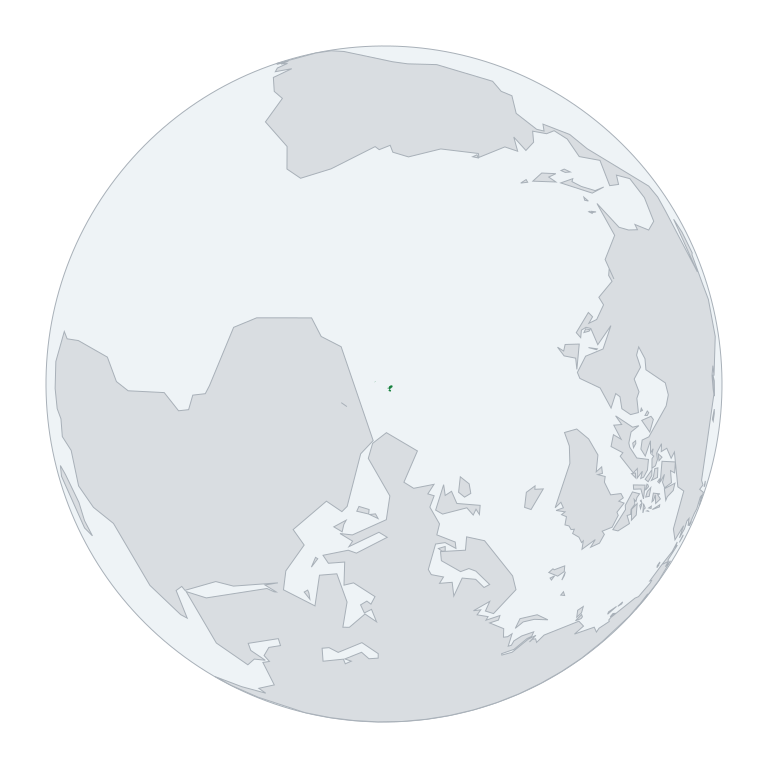 globe centered on Madeira, rotated 129°
{"feature_id": "PRT-736", "entity_name": "Madeira", "entity_type": "Autonomous region", "adm_level": 1, "iso_a3": "PRT", "parent_name": "Portugal", "parent_adm1": "", "projection": "orthographic", "projection_center": [-16.613, 31.57], "detail": "fine", "context": "on_globe", "style": "filled", "palette": "green", "viewbox_px": 768, "rotation_deg": 129, "n_neighbors": 0, "source": "natural_earth", "source_scale": "10m", "svg_char_len": 10234}
<svg xmlns="http://www.w3.org/2000/svg" viewBox="0 0 768 768"><g transform="rotate(129 384 384)"><circle cx="384" cy="384" r="338" fill="#eef3f6" stroke="#a8b0b8"/><path d="M169.7,645.3L158.2,634.7L150.8,624.4L128.2,580.2L120.3,567.1L102.6,544.0L80.4,490.1L82.8,477.1L79.5,466.0L90.5,451.6L90.0,425.7L86.7,418.8L82.0,424.0L73.2,396.7L73.3,374.2L63.6,302.8L66.4,289.0L72.4,274.2L99.7,210.9L73.7,262.6L78.5,247.9L88.1,227.1L89.8,225.9L105.7,199.5L114.1,185.2L138.6,156.5L169.8,132.8L162.8,140.0L171.1,134.3L180.4,125.4L184.5,121.1L225.7,96.4L259.0,76.6L261.7,72.6L267.2,72.4L267.2,67.6L280.3,62.4L270.2,67.1L272.9,67.0L284.1,62.4L289.3,61.4L297.7,59.0L302.8,58.5L296.5,62.4L299.7,62.4L307.5,59.3L317.6,57.6L305.6,62.0L322.0,59.8L314.5,67.9L278.5,83.7L279.0,90.9L254.1,115.5L261.0,114.1L256.0,123.8L262.1,126.0L255.7,130.8L266.1,128.6L270.7,123.9L276.8,121.6L280.8,122.8L273.4,128.7L270.3,129.0L270.3,131.5L264.9,134.1L269.8,133.5L260.4,141.2L275.6,135.6L272.9,143.4L265.1,148.1L258.4,144.9L223.5,150.9L213.5,156.2L206.1,166.1L208.1,189.4L200.1,197.1L194.9,209.4L202.6,205.9L209.5,195.2L222.7,192.7L229.6,180.9L236.0,178.5L246.1,168.3L252.6,173.1L253.5,183.6L245.4,192.6L245.6,197.9L259.8,192.4L251.1,213.5L256.4,235.3L253.3,241.0L235.5,244.8L218.9,235.8L195.8,244.4L218.9,242.6L210.7,258.2L212.8,262.7L217.9,264.5L224.2,260.3L223.1,266.9L199.8,270.2L200.5,264.2L207.9,263.0L200.0,259.3L184.3,263.2L181.4,271.6L160.7,271.4L158.3,277.7L152.5,281.7L157.7,271.4L148.1,290.5L123.3,298.3L109.7,332.1L114.3,300.0L110.5,291.0L104.6,284.1L102.1,289.4L97.8,275.2L87.8,276.8L75.3,298.9L69.7,322.2L75.4,334.8L81.3,327.3L87.8,333.4L74.3,356.9L84.4,375.4L78.3,395.8L80.1,411.2L87.2,415.2L94.0,427.6L101.9,419.9L113.2,420.7L110.4,438.6L119.0,426.6L123.7,439.3L148.1,452.8L145.5,455.8L165.6,487.8L192.1,507.9L198.3,523.0L194.6,529.4L204.9,535.2L205.1,540.3L250.2,560.6L276.6,578.3L278.0,594.7L260.4,608.8L254.9,641.1L226.0,642.7L225.7,653.4L215.4,662.9L197.0,654.1L209.7,665.0L205.5,665.7L195.5,660.7L200.2,665.5L193.2,661.5L202.4,667.9L200.9,668.0L203.0,669.4L169.7,645.3ZM104.6,342.3L116.5,373.2L105.6,366.5L108.4,365.3L106.3,355.0L100.9,341.7L92.6,337.2L104.6,342.3ZM119.2,331.4L116.8,327.5L119.7,330.0L119.2,331.4ZM185.5,119.5L180.1,125.4L169.8,134.3L173.7,129.3L185.5,119.5ZM205.8,104.7L204.7,106.7L195.6,111.5L199.0,108.8L205.8,104.7ZM262.5,70.5L257.1,73.3L260.6,71.0L262.5,70.5ZM297.9,58.7L297.8,58.4L302.2,57.4L297.9,58.7ZM241.8,166.5L243.8,167.4L240.9,168.8L241.8,166.5ZM244.2,161.4L239.3,162.4L239.7,160.2L242.8,159.6L244.2,161.4ZM314.1,56.0L321.2,54.8L312.9,56.6L314.1,56.0ZM250.1,160.8L241.1,156.2L242.0,152.4L254.1,147.2L250.1,160.8ZM324.6,54.6L341.9,52.6L343.1,51.4L349.3,54.4L332.6,54.6L322.2,56.7L326.7,55.0L324.6,54.6ZM270.5,122.0L265.7,127.0L265.9,121.9L270.5,122.0ZM269.1,119.3L261.2,108.5L270.2,102.2L271.0,106.8L279.8,98.5L288.1,100.6L285.1,105.7L277.7,109.2L286.5,107.5L269.1,119.3ZM350.0,56.9L353.2,57.3L348.6,57.6L350.0,56.9ZM279.3,120.3L276.8,118.4L284.5,112.7L290.7,115.5L286.2,116.4L279.3,120.3ZM278.0,95.5L284.8,92.2L293.4,92.9L297.1,91.8L289.0,100.2L278.0,95.5ZM286.6,118.3L293.7,117.2L293.7,121.1L282.1,121.8L286.6,118.3ZM283.9,110.2L287.8,107.7L287.6,109.9L283.9,110.2ZM297.9,135.3L294.9,132.6L298.6,129.3L297.9,135.3ZM296.3,116.6L296.3,115.3L297.4,113.8L302.0,114.0L296.3,116.6ZM295.7,100.4L297.8,101.6L299.4,96.9L305.9,97.7L299.3,103.4L304.9,101.3L306.9,101.6L299.3,106.0L295.7,100.4ZM310.0,110.0L303.9,118.3L308.7,123.8L305.5,126.7L298.3,117.5L310.0,110.0ZM304.4,107.2L307.2,109.5L301.8,111.7L296.6,111.5L304.4,107.2ZM312.7,96.5L304.4,93.7L306.2,92.6L312.7,96.5ZM312.5,111.1L313.9,109.1L313.5,111.2L312.5,111.1ZM313.8,100.3L310.7,99.4L312.7,98.1L313.8,100.3ZM319.4,106.2L317.4,108.8L313.8,108.6L319.4,106.2ZM317.7,103.2L321.3,101.7L313.7,107.0L316.0,102.9L317.7,103.2ZM316.3,99.3L316.5,98.3L317.3,99.9L316.3,99.3ZM334.2,106.0L325.5,112.7L317.6,112.0L327.1,105.5L334.2,106.0ZM401.1,46.5L381.0,47.0L393.5,46.5L395.4,46.9L402.8,47.1L411.1,47.3L409.1,47.1L446.8,52.3L472.7,57.9L495.7,65.1L518.2,73.9L540.0,84.2L561.0,96.1L581.1,109.5L600.2,124.3L618.2,140.4L635.0,157.7L650.5,176.2L664.6,195.8L677.4,216.3L688.6,237.6L689.6,239.8L706.6,284.6L714.2,312.4L714.4,313.2L717.8,331.4L708.8,304.2L698.7,281.3L699.3,289.8L686.9,279.9L676.6,302.9L671.7,298.4L670.5,306.3L661.2,307.7L652.4,299.8L648.4,305.9L671.0,326.3L674.9,319.9L673.4,302.4L679.4,311.7L687.9,313.1L690.8,351.3L669.8,407.1L662.1,387.5L616.6,346.3L614.7,338.7L614.3,338.0L613.4,336.8L615.1,350.0L605.3,341.3L635.8,373.8L643.4,390.4L669.6,408.8L668.6,413.8L675.3,415.6L689.8,389.6L691.2,396.9L687.8,439.2L662.6,506.5L662.7,532.2L655.4,557.2L632.5,585.3L627.3,600.9L614.4,613.1L608.8,622.5L594.4,636.8L573.0,653.2L544.4,665.5L548.3,658.7L542.6,648.9L537.2,615.9L550.5,593.5L550.3,578.6L529.0,549.4L534.1,526.8L526.9,519.7L513.0,525.6L504.0,516.8L495.1,518.6L434.6,536.5L412.7,524.6L378.2,481.9L386.6,462.7L382.0,440.8L434.8,356.8L452.9,358.2L502.3,335.6L509.7,336.4L511.3,355.0L554.3,363.0L559.4,344.7L591.0,342.7L607.2,332.6L599.9,298.0L573.2,313.8L561.2,301.2L576.7,275.5L598.9,262.9L594.9,257.8L574.7,254.0L573.5,240.1L567.0,251.9L574.3,255.2L570.4,263.2L563.5,260.7L563.3,255.6L554.9,257.2L557.7,282.5L565.5,288.5L547.1,302.5L558.3,314.4L555.5,323.6L535.7,307.2L532.8,299.0L501.1,285.0L502.4,294.6L532.5,308.9L525.9,309.5L527.9,324.1L521.2,313.6L488.0,296.8L467.3,309.0L451.7,349.4L437.3,355.5L420.3,351.5L415.0,315.9L447.8,306.7L446.4,295.3L430.5,282.0L441.8,280.8L439.3,274.7L450.8,270.9L457.8,252.8L468.0,248.0L462.0,229.2L466.5,224.6L468.8,236.7L475.9,243.2L500.3,232.8L502.4,227.3L496.5,216.3L504.0,215.4L495.2,206.2L504.9,196.3L485.6,201.1L478.1,189.8L479.2,178.2L473.3,175.7L471.6,194.8L474.0,201.9L481.6,206.4L485.2,228.2L478.7,234.6L461.9,216.1L450.8,223.6L442.5,207.2L452.2,163.3L460.8,152.0L493.5,154.4L496.6,162.3L486.4,165.0L503.9,171.8L498.6,166.7L504.8,166.4L499.3,156.7L503.4,156.1L491.0,148.2L495.4,146.5L503.2,151.5L498.8,137.0L505.6,131.8L502.6,128.9L497.5,127.3L509.6,122.5L506.9,120.6L501.8,121.4L493.1,118.4L482.4,111.7L487.2,110.4L491.7,112.6L508.4,116.0L519.6,122.9L520.5,121.8L511.8,115.6L491.5,111.3L483.7,107.8L493.0,108.6L489.0,108.0L486.6,105.8L488.8,102.8L478.4,101.6L445.7,83.3L446.6,76.6L458.5,78.6L440.7,67.6L443.1,62.8L438.5,63.2L426.8,59.5L425.9,60.8L422.8,60.8L392.5,54.2L389.1,52.4L370.8,51.9L368.3,52.4L369.8,53.5L349.3,54.4L343.1,51.4L348.9,50.3L341.1,50.0L355.3,48.0L363.5,46.8L383.5,46.2L387.7,46.1L401.1,46.5ZM424.9,398.6L425.4,405.5L424.9,398.6ZM628.3,265.8L637.8,256.9L623.4,242.4L625.8,238.0L620.0,235.0L622.3,241.4L606.6,232.6L607.0,222.8L600.7,216.0L597.2,218.8L598.9,238.4L621.4,250.7L623.5,260.8L628.3,265.8ZM149.0,453.0L151.6,458.1L147.4,456.0L149.0,453.0ZM102.0,372.7L105.5,376.3L106.7,380.8L103.6,379.2L102.0,372.7ZM136.8,399.3L141.8,404.2L135.7,402.2L136.8,399.3ZM118.8,377.5L132.7,396.0L120.8,394.2L112.4,382.8L119.5,386.2L118.8,377.5ZM113.2,340.3L114.9,343.7L113.0,346.3L113.2,340.3ZM121.3,333.3L120.3,332.8L120.3,329.1L121.3,333.3ZM212.1,257.9L213.9,257.9L218.2,261.0L214.3,262.0L212.1,257.9ZM248.8,261.7L246.2,272.3L245.3,265.1L239.3,268.1L230.1,257.4L251.3,243.3L243.3,251.3L248.8,261.7ZM223.6,240.4L227.0,248.0L222.4,240.3L223.6,240.4ZM414.4,247.7L421.2,250.2L421.2,257.9L408.1,266.3L408.0,255.0L414.4,247.7ZM431.0,252.2L417.8,232.9L425.4,227.7L423.4,233.7L429.7,232.2L428.1,241.7L448.2,256.6L449.5,264.5L424.7,274.3L432.1,266.3L424.9,264.0L431.0,252.2ZM370.9,200.5L365.3,194.2L389.0,190.7L391.4,197.1L378.6,205.2L368.1,202.5L370.9,200.5ZM273.4,153.5L269.7,152.8L271.7,150.9L276.5,150.0L273.4,153.5ZM296.2,134.3L291.5,155.0L287.1,155.1L289.7,168.2L279.0,173.8L277.7,164.9L271.4,179.5L265.9,173.8L263.0,184.0L261.1,163.6L256.0,159.7L265.8,161.8L275.8,156.6L278.5,153.2L282.4,141.0L276.2,131.0L285.1,125.1L293.0,123.6L295.9,125.0L289.2,128.3L297.8,128.0L290.3,133.9L296.2,134.3ZM380.8,120.7L371.9,121.9L387.9,126.1L380.5,130.4L382.9,130.7L380.4,136.1L381.5,143.3L377.1,144.7L379.4,147.0L377.9,150.9L379.6,154.7L372.3,158.7L373.8,163.8L369.4,162.8L374.0,170.7L367.3,166.7L364.6,172.1L372.5,173.1L328.7,189.6L315.5,201.0L308.1,213.2L297.7,205.9L297.9,190.4L304.5,173.1L318.7,163.8L311.4,162.7L316.0,158.0L319.9,160.8L316.7,153.9L321.6,150.9L327.5,138.1L320.0,130.9L321.9,126.4L327.3,127.8L325.5,122.5L337.0,122.3L338.7,119.3L351.7,116.6L361.1,121.8L362.2,118.1L372.1,116.4L380.8,120.7ZM338.0,105.4L350.9,109.7L353.2,114.5L329.6,117.3L326.5,120.1L311.5,123.0L308.5,116.3L313.0,116.0L316.8,114.2L316.2,117.0L319.5,113.4L325.9,113.1L330.1,110.3L333.2,112.3L338.0,105.4ZM513.6,327.7L518.5,326.8L525.2,323.5L526.6,333.1L513.6,327.7ZM490.9,316.6L494.7,314.1L500.0,325.1L494.9,326.4L490.9,316.6ZM492.3,303.9L494.5,313.1L490.3,308.9L492.3,303.9ZM471.8,234.2L475.3,231.3L477.4,233.6L477.6,238.2L471.8,234.2ZM426.8,137.3L421.3,136.4L421.3,134.8L411.6,129.1L416.3,125.9L424.0,128.1L426.8,137.3ZM597.9,306.2L595.9,315.1L592.2,313.6L593.7,310.8L597.9,306.2ZM561.5,325.5L572.0,325.2L561.8,328.1L561.5,325.5ZM430.3,132.8L425.8,130.7L431.0,130.5L430.3,132.8ZM419.3,123.3L424.5,122.4L415.8,124.9L419.3,123.3ZM684.3,526.1L658.7,576.5L651.0,584.2L654.9,574.4L668.0,546.6L678.7,530.7L685.5,515.0L684.3,526.1ZM464.1,108.2L472.3,119.1L481.3,126.1L491.3,128.2L480.8,130.6L466.9,119.7L464.1,108.2ZM447.5,86.2L438.8,85.3L440.1,83.3L442.3,83.2L447.5,86.2ZM444.0,87.4L438.0,91.1L431.5,89.1L437.5,86.5L444.0,87.4ZM434.7,110.5L436.8,113.8L432.5,113.8L434.7,110.5ZM355.0,56.3L353.4,57.2L352.3,56.4L355.0,56.3ZM422.6,61.7L418.2,61.6L417.0,60.3L422.6,61.7ZM405.3,60.9L409.7,62.4L403.1,61.4L405.3,60.9ZM419.8,66.1L410.5,63.3L422.2,65.3L419.8,66.1Z" fill="#d9dde1" stroke="#a8b0b8" stroke-width="1"/><path d="M383.1,377.4L383.0,377.6L382.8,377.7L382.6,377.7L382.2,377.6L381.4,377.3L381.2,377.2L380.9,376.9L380.8,376.7L381.0,376.5L381.1,376.3L381.3,376.3L381.4,376.5L381.5,376.5L381.9,376.7L382.0,376.6L382.3,376.5L382.5,376.5L382.8,376.7L383.0,376.9L383.3,376.9L383.5,377.0L383.6,376.9L383.7,377.0L383.4,377.1L383.2,377.4L383.1,377.4ZM385.4,375.2L385.3,375.3L385.2,375.4L385.2,375.2L385.3,374.9L385.5,374.9L385.6,375.0L385.6,374.9L385.6,375.1L385.4,375.2L385.4,375.2ZM384.6,378.6L384.5,378.3L384.4,378.2L384.5,378.3L384.6,378.6ZM387.8,392.3L387.8,392.5L387.8,392.4L387.8,392.3Z" fill="#22c55e" stroke="#15803d" stroke-width="1.5"/></g></svg>